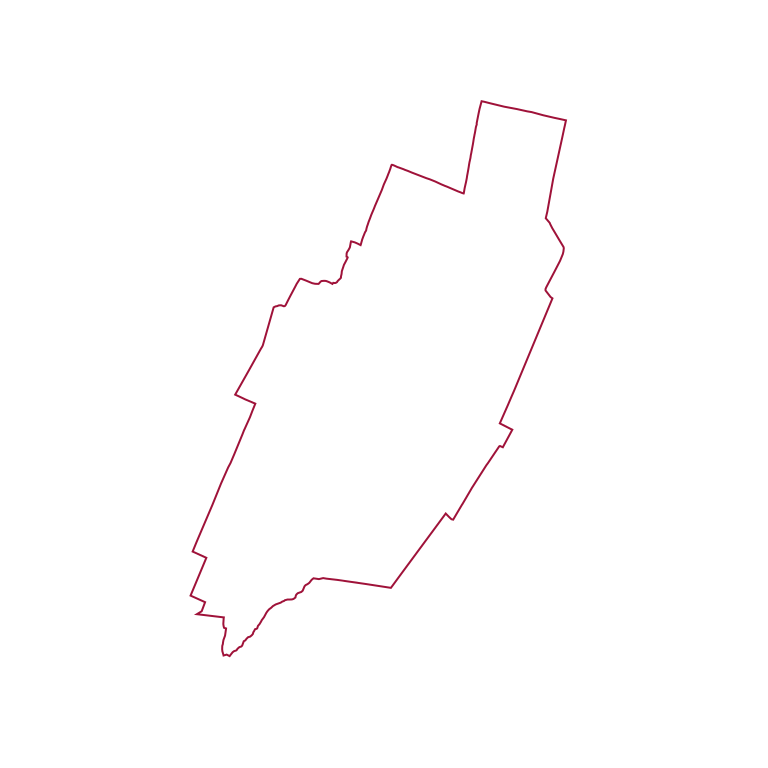 Schela, Galati, Romania, rotated 20°
{"feature_id": "2599482B45960847446276", "entity_name": "Schela", "entity_type": "district", "adm_level": 2, "iso_a3": "ROU", "parent_name": "Romania", "parent_adm1": "Galati", "projection": "orthographic", "projection_center": [27.845, 45.517], "detail": "fine", "context": "isolated", "style": "outline", "palette": "rose", "viewbox_px": 768, "rotation_deg": 20, "n_neighbors": 0, "source": "geoboundaries", "source_scale": "gbopen_adm2", "svg_char_len": 4432}
<svg xmlns="http://www.w3.org/2000/svg" viewBox="0 0 768 768"><g transform="rotate(20 384 384)"><path d="M266.1,515.6L264.9,533.3L264.1,556.2L261.9,596.8L261.5,606.9L276.5,608.1L274.6,649.0L290.5,650.2L290.4,659.9L286.9,664.3L313.3,658.1L313.5,659.1L313.8,660.1L314.5,662.5L315.0,664.2L315.4,665.1L316.3,666.7L317.1,667.8L317.6,667.8L318.8,667.7L319.2,667.7L320.7,674.8L320.7,679.5L321.2,682.3L321.5,683.3L321.6,685.4L322.6,688.5L323.5,690.4L325.5,693.1L326.1,694.0L328.7,692.1L332.0,692.5L332.5,690.8L333.5,687.8L334.5,686.3L336.2,685.0L336.6,684.3L336.9,682.9L338.1,680.7L339.7,679.5L340.2,678.3L340.2,673.7L341.4,672.3L341.9,670.5L342.9,668.4L344.6,667.2L345.7,665.3L346.3,663.6L346.1,662.1L346.4,660.8L346.7,658.5L347.3,658.1L348.0,657.6L348.4,657.0L348.3,654.4L348.6,653.6L349.1,652.4L349.8,649.0L349.8,648.1L351.0,644.1L351.7,639.2L352.2,637.3L353.1,635.0L354.6,632.7L355.5,630.8L357.6,628.2L358.8,627.2L361.7,624.8L362.7,623.4L364.4,621.9L364.8,621.1L367.1,619.5L369.3,618.7L371.2,617.9L372.5,616.9L373.8,614.9L373.6,613.8L373.5,612.6L373.8,611.5L374.5,610.1L376.3,608.6L377.4,607.7L378.3,606.0L378.5,601.3L379.1,599.8L380.6,598.2L381.8,596.4L383.0,592.7L384.2,590.7L389.6,589.6L393.2,587.2L396.5,586.6L406.9,584.1L436.1,578.0L460.2,573.2L461.1,570.2L465.1,556.5L467.9,547.0L474.3,525.3L478.5,511.1L485.0,489.1L486.3,484.6L490.6,486.7L492.9,487.7L493.7,488.0L495.4,487.8L496.8,480.2L498.6,470.6L498.7,470.4L499.5,466.1L502.0,452.4L502.0,452.2L508.0,425.2L508.7,422.9L511.6,411.2L513.6,403.2L514.2,402.6L517.3,402.8L520.2,383.1L506.3,381.4L506.9,372.3L507.6,361.8L508.1,352.8L508.5,346.4L508.7,342.3L508.9,337.6L509.1,333.0L510.0,312.9L513.0,245.9L510.8,245.3L506.7,242.7L504.0,241.0L503.7,240.7L503.3,239.5L503.4,237.5L505.8,219.8L507.3,208.1L507.6,200.8L507.3,198.2L506.5,194.9L505.9,193.9L499.2,188.5L492.5,183.0L488.8,180.0L485.9,177.3L485.2,176.6L484.6,175.9L479.3,172.9L478.5,166.1L472.8,133.2L467.2,91.4L465.9,82.2L465.5,78.9L464.8,74.0L458.1,74.9L453.2,75.6L441.7,77.0L429.7,78.0L425.4,78.8L414.8,80.2L402.1,82.3L394.0,83.2L387.7,83.9L381.7,84.5L379.0,84.9L379.7,92.8L380.4,97.7L381.3,103.5L381.9,107.3L382.3,108.1L382.4,108.8L382.4,109.0L382.4,109.6L382.4,109.9L382.5,111.2L383.3,115.5L383.7,117.9L383.8,118.9L384.0,119.8L384.4,122.5L385.1,126.0L385.6,128.7L386.1,131.7L386.5,134.1L387.0,137.0L387.3,139.2L387.6,140.6L387.9,142.0L388.2,144.3L388.3,144.8L388.4,145.9L388.9,148.8L389.3,150.7L389.8,153.4L390.5,157.4L390.9,159.9L391.4,162.3L392.0,166.1L392.4,169.3L392.8,172.4L393.7,177.3L393.7,177.7L392.4,177.8L389.9,177.7L387.9,177.7L379.0,177.2L375.4,177.0L373.5,177.0L372.1,176.9L369.7,176.8L366.3,176.5L363.0,176.2L357.0,176.0L353.4,176.1L348.2,176.0L337.7,175.8L333.6,175.6L332.4,175.6L330.9,175.6L330.1,175.6L329.2,175.5L327.2,175.5L325.2,175.5L323.6,175.5L323.1,175.5L322.7,175.6L321.9,175.5L320.8,175.4L319.7,175.3L318.3,175.2L317.3,175.2L316.9,175.2L316.6,175.3L316.3,175.4L316.2,175.6L316.2,176.5L316.2,177.6L316.3,179.4L316.3,180.7L316.3,182.2L316.3,183.4L316.2,185.3L316.2,186.9L316.1,190.2L315.6,196.5L315.6,198.3L315.6,200.1L315.6,202.4L314.9,214.9L314.8,216.3L314.8,216.7L314.6,219.9L314.6,221.1L314.5,223.9L314.3,227.3L314.2,229.5L314.2,233.1L314.1,236.9L314.2,239.8L314.2,241.4L314.3,243.1L314.5,244.8L314.7,245.9L314.3,247.7L314.2,249.4L314.2,250.4L314.1,252.6L314.1,254.9L314.1,255.9L314.2,256.8L314.3,258.4L314.5,260.6L314.5,261.5L312.9,261.3L311.3,261.1L309.8,261.0L308.0,260.9L304.3,261.2L304.3,261.6L304.3,262.0L304.9,265.5L305.2,267.3L305.0,268.8L304.7,270.6L304.2,272.6L304.2,274.0L305.2,277.1L306.0,277.2L306.4,277.3L306.6,277.5L306.6,278.0L306.1,282.3L305.6,285.8L305.7,288.0L305.8,292.4L306.5,295.1L306.8,297.7L307.2,298.9L306.6,300.4L306.3,300.9L306.0,301.5L305.2,303.2L305.1,303.7L305.0,304.3L304.4,305.1L303.9,305.6L303.5,305.8L303.1,306.0L301.7,306.3L301.3,307.6L298.1,307.1L295.7,307.0L294.7,307.0L293.9,307.1L292.8,307.4L291.6,307.9L290.1,308.6L289.4,309.5L288.3,312.3L285.0,313.4L282.1,313.8L275.5,313.5L270.3,313.4L269.0,314.0L267.7,319.7L267.3,322.9L265.9,332.9L265.3,337.5L264.6,343.5L264.4,344.2L264.0,344.8L263.3,345.2L261.3,345.2L260.4,345.2L258.3,346.1L256.9,347.4L255.5,348.2L254.1,349.7L256.9,388.9L256.8,390.4L256.3,392.8L252.3,417.8L247.8,444.9L252.6,445.3L256.8,445.7L258.5,445.9L269.8,446.5L269.5,454.6L269.5,455.4L269.4,461.1L268.6,471.8L268.4,474.6L268.3,475.0L268.2,479.6L267.3,501.5L266.8,510.8L266.1,515.6Z" fill="none" stroke="#9f1239" stroke-width="2"/></g></svg>